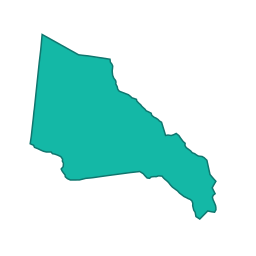 Bezerros, Pernambuco, Brazil, rotated 280°
{"feature_id": "56859067B40256242933504", "entity_name": "Bezerros", "entity_type": "district", "adm_level": 2, "iso_a3": "BRA", "parent_name": "Brazil", "parent_adm1": "Pernambuco", "projection": "equal_earth", "projection_center": [-35.81, -8.245], "detail": "fine", "context": "isolated", "style": "filled", "palette": "teal", "viewbox_px": 256, "rotation_deg": 280, "n_neighbors": 0, "source": "geoboundaries", "source_scale": "gbopen_adm2", "svg_char_len": 1872}
<svg xmlns="http://www.w3.org/2000/svg" viewBox="0 0 256 256"><g transform="rotate(280 128 128)"><path d="M60.1,227.9L62.7,228.8L65.1,228.3L66.8,227.7L68.4,226.7L70.4,225.4L72.3,224.1L74.6,223.1L76.7,223.7L78.4,225.2L83.7,221.3L86.4,222.2L90.8,223.8L92.3,221.8L94.6,219.0L96.5,216.8L109.9,211.3L112.0,208.1L112.8,205.9L112.6,202.2L113.4,200.0L114.3,198.2L114.8,195.5L116.3,193.7L117.6,191.2L118.8,188.7L120.7,187.1L122.9,186.9L124.3,184.6L127.1,181.6L129.4,179.4L131.0,176.4L129.3,174.1L128.1,171.9L128.0,168.6L127.2,166.3L138.0,160.8L139.5,160.0L140.4,157.7L141.6,156.1L142.6,153.9L143.1,151.9L144.5,149.3L146.6,148.2L147.5,145.3L148.1,142.9L149.5,141.4L150.6,139.6L151.7,137.9L153.1,136.4L154.5,134.1L156.1,132.0L157.7,131.3L158.1,129.0L158.4,126.6L159.5,125.1L160.8,122.7L162.7,113.1L164.3,111.2L166.8,110.2L169.3,108.3L171.1,108.2L172.6,107.5L174.5,105.4L177.3,103.7L180.0,102.9L181.8,102.5L183.8,102.4L186.3,102.2L188.1,101.0L189.8,99.2L192.6,98.3L192.1,76.2L191.7,70.7L191.5,66.6L205.2,27.2L194.8,28.1L189.8,28.5L177.3,29.2L158.4,30.5L130.0,32.5L128.4,32.5L120.5,33.1L118.6,33.2L103.0,34.2L95.5,34.4L94.6,38.0L92.7,39.3L92.0,42.7L91.1,45.9L90.4,48.8L90.2,51.7L91.0,56.4L89.6,58.1L89.6,60.2L89.1,63.3L88.2,66.7L86.0,69.0L84.0,69.1L82.2,70.5L78.7,70.9L76.0,69.3L74.2,70.6L72.5,72.3L70.8,74.2L69.1,74.7L67.6,77.1L66.8,80.2L68.4,89.1L71.1,95.2L72.5,100.4L73.1,102.4L75.4,109.4L77.7,116.5L84.5,138.0L87.2,147.2L85.6,151.0L83.7,153.3L82.1,155.5L82.2,158.0L83.9,159.4L84.7,162.2L85.0,164.3L86.2,166.5L86.5,169.9L85.0,171.6L83.8,173.4L82.9,175.1L81.5,177.2L79.0,180.0L77.5,182.0L76.0,185.0L74.7,187.7L72.9,190.0L71.7,192.3L70.2,195.2L69.6,197.5L68.9,199.5L68.5,201.6L67.3,203.6L65.1,204.9L62.7,205.2L60.6,206.1L58.6,207.0L56.6,208.8L54.4,209.6L52.6,210.3L51.8,212.2L50.8,214.5L60.1,220.9L60.0,225.1L60.1,227.9Z" fill="#14b8a6" stroke="#0f766e" stroke-width="1.5"/></g></svg>